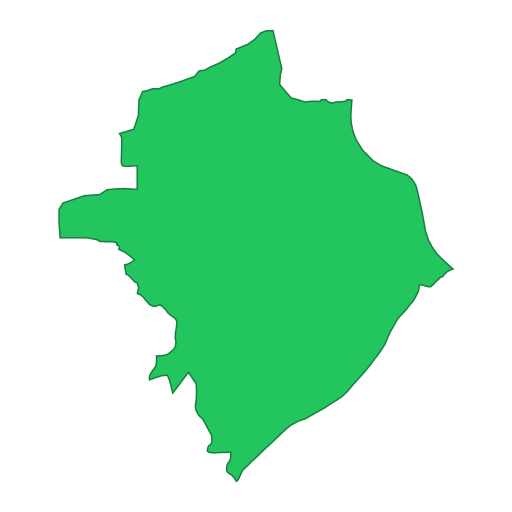 Ibadan North, Oyo, Nigeria (Albers equal-area conic projection)
{"feature_id": "59680162B6783963116345", "entity_name": "Ibadan North", "entity_type": "district", "adm_level": 2, "iso_a3": "NGA", "parent_name": "Nigeria", "parent_adm1": "Oyo", "projection": "albers", "projection_center": [3.902, 7.422], "detail": "fine", "context": "isolated", "style": "filled", "palette": "green", "viewbox_px": 512, "rotation_deg": 0, "n_neighbors": 0, "source": "geoboundaries", "source_scale": "gbopen_adm2", "svg_char_len": 4364}
<svg xmlns="http://www.w3.org/2000/svg" viewBox="0 0 512 512"><path d="M434.2,250.1L431.8,246.5L428.4,240.0L425.5,231.2L422.5,214.2L417.2,190.0L415.6,184.9L411.9,179.1L407.3,175.1L394.4,170.5L380.8,165.5L373.4,161.0L362.6,150.2L356.1,139.7L353.0,131.6L351.2,122.8L350.8,117.4L351.0,112.2L351.9,100.0L347.0,99.7L345.6,101.3L343.4,101.5L340.1,101.8L336.0,102.0L333.2,102.9L330.4,102.9L327.5,101.3L326.0,99.7L321.5,99.7L320.1,101.4L317.2,101.3L311.8,101.2L304.6,102.0L298.3,99.8L291.3,98.1L279.6,84.5L280.3,75.0L281.8,68.8L273.0,30.7L266.2,30.8L260.6,33.0L254.7,39.4L247.7,44.4L236.1,49.1L235.6,52.8L227.6,58.3L219.0,63.2L210.4,67.0L204.3,70.3L200.3,70.7L198.7,71.3L194.8,76.4L178.1,82.4L167.8,85.6L161.8,87.3L159.6,88.6L152.1,88.9L146.8,90.8L142.7,91.5L139.0,99.9L138.5,110.6L138.5,115.1L133.8,129.3L119.5,133.5L121.6,137.1L121.8,141.9L121.6,150.0L121.3,162.7L121.7,164.4L122.2,165.5L123.8,166.2L130.2,166.2L137.1,165.6L137.2,168.2L137.2,173.4L137.2,180.2L137.2,185.9L137.2,189.4L132.6,189.1L124.9,188.6L116.5,188.9L107.2,189.7L99.7,194.6L84.4,195.7L63.0,203.0L59.1,209.4L59.0,221.5L60.1,237.8L86.5,237.8L96.6,239.5L98.8,240.8L99.9,241.5L102.4,241.5L106.0,241.8L109.0,241.6L112.9,241.9L114.7,242.1L117.2,242.9L117.1,243.7L116.7,244.7L119.5,246.5L119.6,247.1L118.7,249.2L123.4,251.5L125.2,252.4L129.1,255.3L130.4,256.4L134.5,259.9L132.4,261.7L131.5,262.2L127.9,264.1L124.6,264.9L124.8,266.4L125.3,269.7L126.2,274.4L128.0,274.9L130.7,277.5L132.3,279.4L134.7,281.8L136.1,282.5L137.1,282.7L138.7,287.7L137.9,290.6L137.4,293.7L140.5,294.8L143.1,296.9L145.1,299.4L147.4,302.1L149.6,304.6L153.0,306.1L155.9,306.3L158.9,304.9L160.3,305.1L161.8,306.0L163.6,307.6L166.2,310.3L167.7,312.7L169.5,314.3L171.8,316.1L174.4,317.8L176.0,319.6L176.9,321.9L176.4,327.2L175.4,333.4L175.3,337.7L175.6,340.8L176.2,342.3L175.9,343.1L175.6,344.3L175.5,345.8L175.0,347.5L174.3,348.4L173.1,349.8L171.5,351.2L169.0,353.3L167.2,354.5L166.8,354.6L164.2,355.4L162.4,355.6L162.0,355.6L160.1,355.7L157.7,356.0L156.5,355.9L156.5,361.5L156.3,363.9L156.2,364.8L154.4,368.3L153.0,370.0L151.1,372.9L150.0,374.9L149.4,376.7L149.3,378.0L149.5,378.9L149.6,379.9L150.9,379.3L152.5,378.7L161.3,375.8L167.3,375.1L169.6,380.4L172.8,393.1L188.3,372.4L190.2,374.9L193.5,379.9L195.1,382.3L196.2,383.9L196.2,385.0L196.5,388.9L196.5,393.6L196.4,396.3L196.4,397.6L196.3,398.2L196.3,399.3L196.1,401.0L195.7,403.4L195.4,405.3L195.4,407.3L195.7,408.8L196.0,410.2L196.9,411.9L197.6,413.4L198.3,414.8L200.0,416.6L202.1,418.5L203.0,419.3L203.8,421.0L205.4,423.9L207.5,427.9L208.1,428.9L208.5,429.7L209.0,430.6L210.1,432.7L211.0,434.4L211.4,435.4L211.7,436.5L211.9,438.3L211.9,440.8L211.8,441.6L211.6,442.6L211.3,443.4L210.8,444.2L209.6,445.2L208.6,446.0L208.2,446.8L207.8,447.8L207.6,449.2L207.4,451.2L208.1,451.6L209.2,452.4L214.2,452.9L221.9,452.4L226.6,452.4L230.8,452.2L230.7,457.7L229.8,460.6L228.0,463.3L227.4,464.3L226.7,467.0L226.5,470.1L226.9,471.1L227.5,472.1L229.6,473.9L231.8,475.1L233.9,477.5L235.0,478.8L235.4,479.7L236.0,480.4L236.3,481.3L237.6,480.3L238.4,479.2L239.1,477.9L240.1,475.6L242.4,470.5L250.3,463.0L250.2,462.8L251.3,461.7L253.0,460.3L253.9,459.5L255.0,458.5L255.9,457.6L256.8,456.8L264.7,449.1L265.6,448.2L266.3,447.7L266.8,447.2L272.2,442.2L279.4,435.3L284.6,430.4L290.1,425.6L291.1,425.0L294.7,423.1L298.6,421.0L301.1,420.1L304.8,419.0L310.8,415.7L315.7,412.8L323.0,408.8L326.6,406.6L331.4,403.3L335.3,400.9L335.8,400.6L336.9,400.1L337.3,399.7L338.8,398.6L341.5,396.9L347.2,391.6L353.3,384.4L363.5,373.1L369.2,366.2L373.4,360.8L374.6,358.9L375.1,358.3L376.8,356.3L380.2,351.6L381.6,349.4L384.2,345.4L385.4,343.1L387.2,338.8L388.1,336.7L389.0,334.8L390.1,332.2L391.6,329.6L393.2,326.8L393.5,326.2L395.4,322.9L396.5,320.8L397.5,319.0L398.6,317.7L400.3,315.9L401.9,314.2L403.3,312.7L405.6,310.3L408.0,307.2L409.7,305.1L410.7,304.0L412.1,302.3L413.6,300.3L415.1,297.7L416.4,295.2L418.1,291.9L418.5,290.9L418.7,289.7L419.0,287.9L419.1,286.6L419.2,285.8L420.2,285.2L421.5,284.9L422.5,285.0L423.1,285.0L423.9,285.4L424.8,285.8L426.6,286.3L428.3,286.7L429.9,286.8L430.8,286.7L432.9,284.8L436.0,281.6L438.1,279.7L439.8,278.1L440.5,277.3L440.9,276.9L441.2,276.6L441.4,276.6L442.0,276.8L442.6,276.8L443.1,276.2L443.4,275.5L444.4,274.4L446.5,272.2L448.5,271.0L451.1,269.5L451.9,269.4L453.0,269.1L446.1,262.8L441.3,258.2L436.9,253.9L434.2,250.1Z" fill="#22c55e" stroke="#15803d" stroke-width="1.5"/></svg>